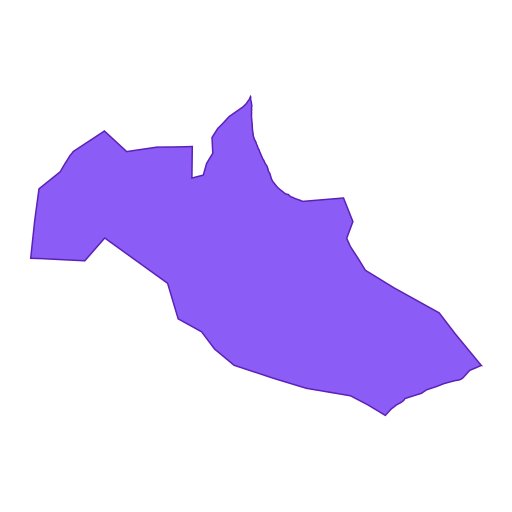 the district of Ulaanbadrax, Dornogovi, Mongolia
{"feature_id": "93677404B39567597499991", "entity_name": "Ulaanbadrax", "entity_type": "district", "adm_level": 2, "iso_a3": "MNG", "parent_name": "Mongolia", "parent_adm1": "Dornogovi", "projection": "robinson", "projection_center": [110.399, 43.942], "detail": "fine", "context": "isolated", "style": "filled", "palette": "violet", "viewbox_px": 512, "rotation_deg": 0, "n_neighbors": 0, "source": "geoboundaries", "source_scale": "gbopen_adm2", "svg_char_len": 1936}
<svg xmlns="http://www.w3.org/2000/svg" viewBox="0 0 512 512"><path d="M250.5,96.6L249.1,99.7L247.9,101.2L246.4,103.5L245.0,104.9L243.2,106.7L240.1,108.9L229.2,116.5L221.8,124.5L217.8,128.4L212.0,137.5L212.8,153.2L206.6,163.4L203.3,175.1L191.9,178.0L192.3,146.5L183.5,146.8L171.4,147.0L157.1,147.1L126.7,151.6L104.5,131.1L104.4,131.0L73.3,151.5L73.0,151.9L71.8,153.5L71.0,154.4L70.6,154.8L70.2,155.3L66.9,160.6L65.3,163.1L62.9,167.1L60.3,171.7L39.0,188.8L34.7,220.6L30.7,258.3L41.1,258.6L84.8,260.8L104.7,238.0L167.6,283.3L171.2,295.4L178.2,318.9L201.6,331.8L214.6,349.1L234.1,365.3L273.1,378.2L306.3,388.3L350.5,395.8L367.6,404.7L385.3,415.4L391.5,408.7L393.2,407.5L396.8,404.7L397.5,404.3L398.9,403.6L400.3,402.9L400.5,402.8L400.5,402.7L402.4,401.5L403.9,400.2L404.9,398.6L409.7,397.0L421.5,393.3L426.4,389.9L436.9,386.4L443.7,383.7L450.5,381.8L455.1,380.6L457.8,380.2L458.6,380.1L461.0,379.2L462.6,378.2L463.8,376.9L469.7,370.4L478.6,366.6L479.0,366.4L481.2,365.5L481.3,365.5L481.2,365.4L455.1,333.7L439.2,312.9L393.9,287.8L365.4,270.3L358.6,259.2L350.3,246.4L346.7,238.3L352.9,221.6L343.5,198.0L302.6,201.4L300.8,200.5L298.6,199.8L294.4,198.3L293.1,197.6L292.6,197.3L291.4,197.0L290.8,196.8L290.4,196.4L289.5,195.7L288.5,194.6L288.2,194.4L287.7,194.4L285.6,193.9L284.6,193.2L282.8,191.7L280.3,189.8L278.4,188.2L276.6,186.3L273.7,182.6L273.0,181.8L272.4,180.8L271.4,178.7L269.9,173.6L268.4,171.1L267.9,168.7L266.9,166.0L265.2,163.6L263.8,160.3L262.8,158.9L261.1,155.0L259.5,151.2L259.2,150.1L257.9,147.9L257.7,146.8L256.9,145.0L256.3,143.6L256.1,142.6L255.6,141.6L254.5,139.4L253.8,137.4L253.1,135.4L253.2,134.0L252.7,131.5L252.4,128.8L252.3,126.9L252.1,123.3L251.8,120.5L251.7,118.8L251.5,117.7L251.5,115.6L251.5,114.0L251.6,112.7L251.5,111.2L251.5,110.4L251.8,109.3L251.6,108.7L251.4,108.1L251.5,107.4L251.8,106.8L251.8,105.5L251.2,101.8L250.5,98.7L250.8,97.3L250.5,96.6Z" fill="#8b5cf6" stroke="#5b21b6" stroke-width="1.5"/></svg>